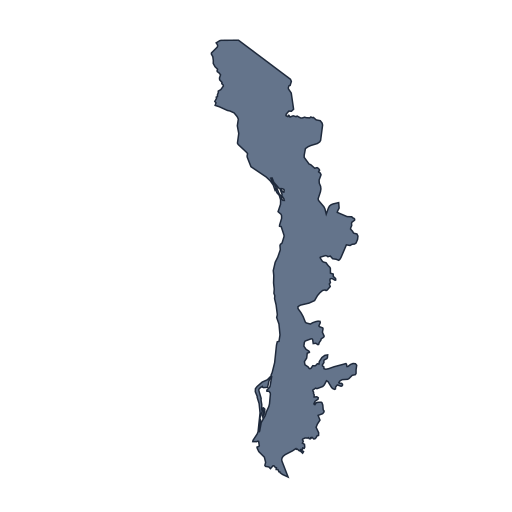 map outline of Veracruz (Albers equal-area conic projection), rotated 214°
{"feature_id": "MEX-2734", "entity_name": "Veracruz", "entity_type": "State", "adm_level": 1, "iso_a3": "MEX", "parent_name": "Mexico", "parent_adm1": "", "projection": "albers", "projection_center": [-96.92, 19.815], "detail": "fine", "context": "isolated", "style": "filled", "palette": "slate", "viewbox_px": 512, "rotation_deg": 214, "n_neighbors": 0, "source": "natural_earth", "source_scale": "10m", "svg_char_len": 6151}
<svg xmlns="http://www.w3.org/2000/svg" viewBox="0 0 512 512"><g transform="rotate(214 256 256)"><path d="M154.9,100.3L155.4,101.6L155.5,109.3L156.1,111.6L164.9,128.2L170.9,135.4L175.9,139.4L176.5,140.3L180.7,143.1L182.3,145.7L182.1,148.4L180.4,154.9L177.4,159.7L176.6,164.0L176.2,164.0L175.4,159.7L173.0,153.6L176.1,151.1L177.2,150.9L177.8,151.4L178.8,149.3L179.1,147.2L178.6,146.2L172.2,140.9L171.3,139.4L168.1,136.0L165.4,131.9L164.0,130.8L162.1,123.6L160.5,122.5L154.9,111.6L155.1,113.0L158.5,120.8L159.1,128.7L160.3,132.9L161.2,138.4L162.1,140.9L166.8,149.5L167.7,150.5L169.6,151.1L171.3,150.0L172.0,150.8L171.3,154.6L171.5,155.9L175.6,164.9L176.5,165.2L177.0,166.1L177.4,168.4L180.9,178.0L189.2,193.6L190.4,196.8L189.2,198.1L192.0,204.0L198.9,212.4L204.5,216.6L205.4,219.1L206.3,220.2L212.0,226.7L216.8,231.1L218.2,233.6L220.3,235.1L222.4,238.8L226.4,243.5L230.3,249.7L233.5,253.5L236.6,261.6L237.3,267.2L239.3,274.7L242.0,278.1L242.3,279.4L241.7,280.9L241.8,281.8L243.6,287.7L244.3,288.8L251.6,294.5L253.1,293.8L253.7,294.7L255.8,301.5L257.4,303.8L258.6,304.6L262.5,305.1L264.6,312.6L267.0,316.3L270.6,319.3L274.1,320.2L276.1,321.4L276.1,323.6L271.8,320.6L268.4,319.7L266.3,317.5L264.9,317.1L263.6,317.9L265.0,319.1L268.3,320.4L268.8,321.6L272.8,324.5L272.8,325.0L271.8,324.9L269.3,324.1L268.6,324.5L269.5,326.4L270.1,326.8L271.8,326.5L273.2,325.8L273.6,325.1L274.8,325.0L282.5,327.1L286.3,329.7L287.3,328.8L284.8,327.2L280.8,325.9L277.6,324.1L277.3,321.4L281.4,324.5L286.3,326.3L291.7,327.2L310.1,327.2L318.5,333.0L319.3,333.9L320.2,336.1L321.5,336.6L333.2,338.5L334.5,339.2L338.8,347.9L344.3,353.5L347.2,359.6L349.5,361.0L354.2,362.4L358.9,361.6L361.0,360.7L369.9,359.2L374.1,358.0L374.8,360.6L376.6,361.1L376.8,364.4L377.8,365.5L377.1,366.6L378.2,368.2L378.5,370.1L379.5,371.6L378.2,374.3L378.1,378.7L379.0,379.5L380.7,379.7L381.3,380.9L384.6,381.7L385.8,383.1L386.7,386.4L389.0,387.1L391.2,387.2L391.8,387.7L392.3,389.4L395.8,390.0L399.1,391.7L400.7,394.2L403.3,397.1L406.0,398.5L406.5,399.5L404.9,407.6L405.3,408.8L406.1,409.6L408.2,410.4L406.5,414.2L405.5,415.3L391.2,425.1L326.3,421.8L324.3,420.5L323.1,416.5L323.8,415.7L323.8,415.3L323.4,413.8L322.6,412.7L317.9,410.8L306.9,398.7L307.6,395.8L309.8,394.5L310.3,390.5L309.6,389.1L307.6,389.3L307.3,389.7L307.8,390.8L307.4,391.0L305.5,390.2L303.6,393.0L300.7,393.9L300.2,395.0L296.1,395.4L294.9,396.2L293.3,398.3L291.8,398.7L288.7,400.5L288.3,401.9L286.7,402.2L285.9,403.0L282.2,402.5L278.4,404.1L275.6,403.2L274.0,401.8L267.1,388.0L267.0,386.2L268.0,383.6L272.3,378.3L273.9,375.8L275.1,372.7L272.4,366.5L271.2,364.7L263.4,361.9L261.7,362.3L256.4,361.6L254.8,363.4L253.2,363.5L251.7,363.0L251.1,362.3L251.4,361.2L251.1,360.7L249.1,360.7L247.5,359.7L246.2,354.4L245.6,353.5L244.2,351.7L241.4,349.9L239.7,347.9L238.5,345.3L236.5,338.2L235.5,337.2L234.1,336.7L227.3,334.8L225.2,333.6L221.2,330.0L222.8,336.3L223.0,338.5L222.4,340.5L221.2,342.3L217.3,346.5L213.9,342.2L213.5,338.8L213.0,337.6L202.5,339.6L198.5,342.1L197.5,341.7L195.7,342.0L194.8,341.7L194.3,340.8L195.4,337.5L195.1,336.5L193.7,334.8L193.3,332.5L192.7,331.2L189.5,330.4L188.4,329.7L187.6,329.6L184.7,330.7L182.6,329.5L181.1,326.6L180.3,322.7L181.0,321.0L182.9,319.4L183.9,317.3L187.3,315.8L184.7,302.2L184.6,300.2L185.0,298.7L187.8,298.1L190.9,296.6L194.4,297.5L196.0,295.6L197.5,295.7L198.7,295.1L202.0,291.0L202.0,290.6L201.3,290.1L198.0,288.7L196.7,288.7L194.2,289.6L190.9,288.4L188.4,287.9L187.4,287.3L184.7,283.4L181.9,284.2L180.5,282.3L177.7,281.9L177.0,281.5L176.5,280.5L177.0,280.1L180.1,279.9L181.2,279.2L181.7,278.3L181.1,277.1L179.4,275.5L179.6,273.8L177.4,272.2L177.9,267.7L178.6,266.5L179.7,266.5L181.5,264.7L182.5,261.2L182.9,257.5L182.5,251.8L185.7,246.6L191.7,240.1L192.9,237.5L191.8,235.9L186.7,234.0L183.0,232.1L178.2,228.8L176.9,228.6L172.9,230.0L171.7,232.4L169.7,235.1L168.1,236.7L166.4,237.6L165.4,236.6L164.8,233.2L163.8,232.9L160.5,233.7L159.7,233.1L158.3,229.9L154.7,227.7L154.5,226.6L155.6,223.7L155.1,222.4L155.2,219.7L154.6,217.7L155.1,217.1L157.6,217.1L159.6,215.4L162.0,218.1L162.8,218.6L163.9,218.3L167.7,213.0L167.6,211.4L165.9,208.0L162.3,206.6L158.9,206.7L157.9,206.2L158.0,205.6L159.2,204.1L156.9,199.7L156.8,195.5L154.6,193.2L150.8,193.2L148.9,192.5L148.2,192.8L147.6,193.7L147.6,196.8L145.7,197.9L145.3,198.5L144.9,201.0L143.4,201.6L144.5,203.9L144.6,208.7L143.4,212.1L141.3,214.1L139.9,211.6L139.9,210.5L141.3,208.0L141.1,207.0L140.1,205.6L140.1,202.9L139.5,202.1L137.7,202.0L136.7,200.6L134.8,201.1L132.7,203.3L129.3,207.9L121.3,217.1L120.5,216.9L118.8,215.2L118.0,215.8L117.0,218.9L115.4,221.2L113.3,222.3L111.4,221.7L109.4,217.6L107.4,214.6L107.3,213.2L109.5,210.9L110.4,206.3L111.1,205.0L115.4,201.7L116.5,199.6L116.6,197.4L115.9,197.1L113.8,198.3L112.7,198.1L112.1,197.5L112.0,196.6L112.6,195.6L116.5,194.6L116.8,192.0L115.8,190.2L116.2,189.4L118.1,189.0L119.7,189.2L126.0,192.1L127.8,192.0L127.3,187.3L127.7,185.1L131.3,180.1L132.7,179.8L133.9,176.7L133.5,176.0L132.1,175.3L131.4,174.1L130.2,173.5L129.0,171.6L126.8,173.3L125.1,173.3L124.5,172.0L125.8,168.6L125.4,166.0L124.7,165.5L124.0,165.7L124.1,167.9L123.0,169.2L120.3,171.2L119.4,171.3L117.3,169.8L114.3,166.1L112.8,165.5L112.4,164.3L112.6,162.5L115.4,158.6L111.2,155.7L111.1,150.9L110.4,147.6L105.2,144.5L103.8,142.2L104.8,141.0L104.6,139.0L104.9,137.4L105.8,136.6L108.1,137.0L109.0,136.1L108.4,135.6L108.8,134.7L109.7,134.3L111.0,134.7L111.4,133.9L113.6,132.6L114.9,130.3L114.7,129.5L113.2,128.9L112.9,126.8L110.5,127.0L108.7,124.8L108.5,123.5L109.9,123.0L109.4,121.8L110.9,120.4L110.7,120.0L108.2,120.5L107.2,120.4L107.1,118.6L110.1,119.1L111.2,118.7L113.8,119.0L114.4,118.3L115.2,118.7L116.8,114.8L120.7,107.7L121.5,105.2L121.5,103.4L121.0,101.8L120.0,100.6L105.8,90.7L111.9,89.7L114.7,89.8L115.5,90.4L116.3,89.9L118.4,91.2L119.9,90.3L120.7,91.9L121.6,91.5L123.9,92.1L124.6,91.6L125.1,87.8L127.4,88.3L130.5,86.9L131.6,87.4L132.6,90.3L136.6,93.9L144.3,95.4L147.5,97.3L148.3,98.1L147.2,99.7L147.2,100.6L150.1,103.7L150.8,103.6L151.8,102.3L154.9,100.3ZM162.5,131.2L165.4,133.5L164.9,134.3L163.1,134.0L161.8,131.8L160.8,129.0L160.5,126.5L161.4,127.4L162.5,131.2Z" fill="#64748b" stroke="#1e293b" stroke-width="1.5"/></g></svg>